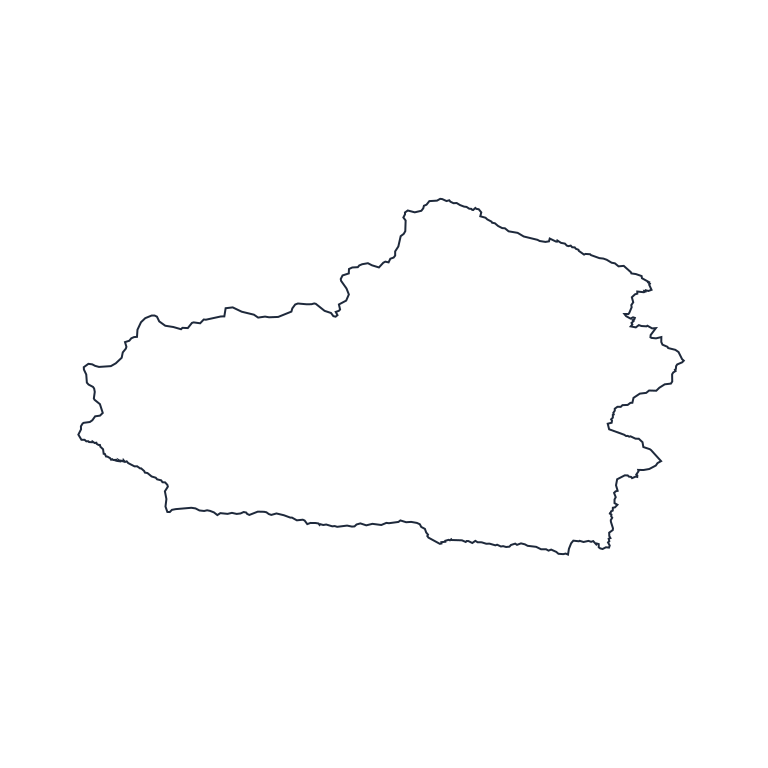 the district of Gakenke, Northern, Rwanda, rotated 111°
{"feature_id": "39286606B43223731633869", "entity_name": "Gakenke", "entity_type": "district", "adm_level": 2, "iso_a3": "RWA", "parent_name": "Rwanda", "parent_adm1": "Northern", "projection": "equal_earth", "projection_center": [29.798, -1.711], "detail": "fine", "context": "isolated", "style": "outline", "palette": "slate", "viewbox_px": 768, "rotation_deg": 111, "n_neighbors": 0, "source": "geoboundaries", "source_scale": "gbopen_adm2", "svg_char_len": 6165}
<svg xmlns="http://www.w3.org/2000/svg" viewBox="0 0 768 768"><g transform="rotate(111 384 384)"><path d="M429.8,634.2L431.9,636.3L434.9,637.3L437.7,640.8L441.6,637.8L443.5,637.7L448.1,639.2L453.5,638.3L460.8,641.8L465.2,645.4L470.2,656.2L470.6,660.3L470.2,663.4L471.1,667.2L475.9,670.3L478.1,669.3L481.8,665.4L489.2,661.9L490.4,659.6L491.0,654.6L492.1,653.0L495.0,651.2L501.5,649.7L502.5,648.5L504.6,642.0L511.8,636.2L515.3,637.8L517.7,642.1L522.4,643.3L524.9,645.0L527.9,650.5L528.9,651.2L532.1,651.8L534.9,650.6L540.8,651.2L544.5,646.5L543.4,643.5L544.2,641.4L543.4,639.5L543.9,638.6L543.0,635.7L542.1,635.7L542.8,633.0L541.9,631.5L542.8,630.8L543.2,628.7L542.7,627.4L544.2,626.3L545.6,622.9L549.6,620.7L549.3,619.6L551.3,617.5L550.9,616.2L551.4,613.1L552.5,611.6L551.6,610.8L552.0,609.6L550.9,607.1L551.6,607.1L551.5,605.8L550.9,603.2L550.2,604.0L550.5,602.2L549.8,602.1L549.7,599.8L548.4,600.0L549.6,597.9L548.4,596.5L549.5,594.5L550.3,587.4L549.3,585.0L550.2,581.4L549.8,580.5L551.2,576.7L552.4,575.5L551.9,572.9L553.6,567.8L553.3,563.5L554.3,561.7L553.8,557.5L555.1,555.6L554.3,553.1L555.8,550.1L557.3,549.0L562.7,550.1L569.4,545.9L576.7,544.1L581.1,540.4L580.3,538.1L577.5,536.9L575.5,533.7L568.6,519.5L567.7,515.4L568.2,511.0L567.0,506.4L565.3,503.9L564.8,501.0L564.8,496.8L566.1,492.6L563.2,490.5L561.3,483.5L558.8,479.8L558.1,475.0L556.3,471.6L553.8,469.1L553.4,466.5L554.3,465.3L554.5,462.8L548.4,456.1L546.3,450.2L545.9,447.8L546.7,444.9L546.6,442.3L543.4,438.0L542.4,430.5L542.3,423.6L541.7,422.1L542.5,416.5L539.8,411.2L539.9,409.2L542.3,405.4L540.1,402.9L538.3,398.0L537.7,395.2L538.7,393.6L537.7,393.2L537.4,390.2L535.9,387.6L535.4,381.3L534.3,379.1L534.1,376.5L529.4,367.7L528.6,362.8L527.5,360.5L525.0,359.3L522.6,356.1L522.3,349.9L518.7,344.7L516.6,336.0L512.8,332.0L512.2,329.5L507.6,321.1L505.5,319.8L505.1,313.8L503.0,309.2L501.9,303.5L502.1,300.3L504.1,298.0L504.6,293.9L507.5,291.4L508.9,288.9L510.4,289.1L511.5,287.4L513.2,274.6L512.3,273.2L511.1,273.8L509.3,270.2L508.4,270.6L506.3,267.8L506.3,266.4L504.9,265.6L505.4,264.9L502.0,255.2L502.2,251.1L501.0,250.6L500.4,248.9L500.8,244.6L497.7,242.5L498.2,239.9L496.8,236.1L496.5,231.4L495.2,228.1L494.7,222.2L493.5,220.8L493.8,216.6L492.7,214.7L492.4,211.6L490.9,208.6L488.8,207.8L486.0,204.3L486.5,202.2L483.7,199.0L483.2,195.0L483.6,191.9L481.5,183.6L482.0,178.2L480.2,173.4L480.6,170.7L478.7,168.6L479.0,163.0L480.0,160.3L478.6,155.7L477.2,153.6L477.3,151.1L471.6,152.3L465.6,152.2L462.4,151.1L461.0,145.7L460.3,145.2L460.0,141.1L457.2,136.9L457.1,134.1L455.7,132.4L457.7,128.4L456.7,128.3L456.5,126.2L459.5,125.0L460.0,123.2L459.7,120.8L456.9,118.3L456.1,115.3L453.9,115.4L451.6,118.1L450.1,117.3L447.9,118.8L446.7,117.4L445.2,119.2L442.1,120.5L438.4,118.1L436.7,118.5L431.3,122.8L429.8,123.5L427.1,123.0L426.1,124.5L424.4,124.9L423.9,127.5L423.5,126.2L421.6,126.4L420.2,125.1L417.5,126.0L416.4,124.2L413.1,122.8L412.6,126.1L409.2,127.4L406.6,127.1L403.2,130.2L401.2,129.3L400.0,127.6L395.4,131.1L389.4,132.2L383.0,126.5L382.0,123.7L382.7,122.2L382.2,120.0L383.0,118.7L380.2,115.8L380.0,114.3L378.6,114.7L378.1,116.0L374.2,115.1L373.1,115.9L371.3,110.9L368.3,105.9L362.7,101.0L359.8,100.3L356.7,97.7L350.0,111.0L349.6,112.5L349.9,119.3L345.7,121.8L343.8,126.5L344.9,129.6L344.5,135.1L345.3,136.2L345.1,137.9L345.8,139.3L345.3,141.6L345.6,157.6L340.9,160.9L338.6,157.6L336.5,158.0L335.6,159.3L333.4,158.3L330.8,159.3L330.1,158.6L328.8,159.6L326.2,159.0L324.4,159.7L321.6,157.9L320.5,154.8L318.3,153.8L316.2,149.0L313.3,147.2L312.5,145.4L307.5,146.1L301.3,141.7L298.3,136.0L295.1,134.2L292.7,127.4L288.8,125.6L283.7,121.8L280.8,116.3L278.4,115.8L271.7,118.5L269.6,118.1L267.3,116.4L266.5,117.5L265.4,116.9L262.7,117.7L260.7,117.3L256.9,113.4L254.8,112.5L254.0,114.6L248.6,120.5L247.7,124.3L248.6,131.6L247.7,132.7L247.5,138.1L245.4,140.2L240.8,141.9L243.9,146.4L245.1,150.8L244.9,152.0L242.7,152.6L234.4,150.2L236.0,153.6L235.2,159.0L236.1,159.6L237.6,164.4L237.7,167.2L240.9,169.2L241.8,174.3L239.4,173.5L238.3,174.8L235.9,173.6L235.2,174.7L234.2,173.5L232.4,173.5L232.5,175.4L234.6,177.3L233.9,182.3L232.5,184.6L231.1,180.9L229.7,180.5L223.6,180.3L221.7,181.4L218.4,180.6L214.2,183.7L210.3,181.8L208.9,179.9L206.9,180.7L205.2,174.3L204.6,173.7L203.9,174.3L203.7,172.9L202.7,173.2L202.4,170.5L200.2,168.0L196.3,172.0L195.1,171.7L194.6,173.6L193.9,173.2L192.8,181.1L190.9,182.2L191.1,188.2L192.1,192.7L191.2,193.5L187.8,202.5L190.1,207.2L188.6,211.7L189.2,215.0L188.2,220.6L188.3,224.2L189.3,228.0L189.5,237.0L189.0,238.1L190.4,242.6L191.5,243.6L189.9,249.8L189.0,250.6L189.0,253.4L188.1,254.9L188.9,257.3L187.9,259.3L189.2,261.2L189.3,262.9L188.1,265.4L188.8,269.3L187.9,273.6L189.1,273.5L189.4,274.5L188.8,281.4L191.7,281.1L193.5,284.2L194.7,289.9L194.4,292.4L196.2,306.4L195.0,313.4L196.8,322.4L195.3,326.9L196.1,329.5L195.6,334.1L194.2,338.1L194.7,340.9L193.9,341.8L193.3,346.6L192.4,348.8L192.9,354.2L188.9,354.7L186.9,358.2L187.4,360.5L186.9,361.8L189.6,363.1L189.8,364.1L189.2,365.2L189.8,367.3L189.1,370.4L189.7,372.8L189.7,377.2L189.0,381.0L190.3,383.9L190.0,387.4L189.1,388.9L190.8,391.2L190.5,395.9L191.0,397.9L193.8,400.2L197.0,407.2L201.4,408.6L203.3,410.6L205.9,410.3L208.9,411.2L212.7,416.8L213.5,424.0L216.4,425.9L218.0,425.2L221.6,425.6L223.6,422.4L233.7,418.9L236.8,419.4L240.0,421.4L250.5,419.9L256.2,421.1L260.1,419.6L262.5,420.3L264.8,423.0L268.8,423.3L269.3,426.6L271.0,428.1L277.0,430.5L277.5,437.8L277.0,442.3L280.0,447.3L282.2,449.6L284.3,450.3L286.6,455.4L289.2,457.9L293.4,456.5L297.5,461.6L301.5,462.0L303.1,461.0L308.3,453.2L313.0,448.9L319.7,449.2L325.9,454.6L330.2,451.7L331.9,452.4L334.0,454.9L336.4,452.1L338.5,453.3L338.8,455.6L336.7,458.9L337.0,465.7L333.6,476.4L333.8,478.0L335.5,480.3L337.3,484.8L339.7,493.2L341.6,495.4L346.3,496.7L349.6,496.4L359.3,506.8L362.9,515.2L363.7,519.2L367.1,525.3L365.9,530.3L367.5,542.7L366.7,552.7L370.0,559.0L378.1,557.3L379.4,560.5L387.8,573.3L388.4,575.4L393.2,577.4L394.7,583.8L395.8,585.2L402.1,587.2L403.8,592.3L405.6,593.1L406.3,601.1L408.0,609.1L406.1,616.3L402.5,620.1L402.3,622.7L403.4,625.5L408.1,630.5L413.4,633.0L421.7,633.6L428.5,631.5L429.8,634.2Z" fill="none" stroke="#1e293b" stroke-width="2"/></g></svg>